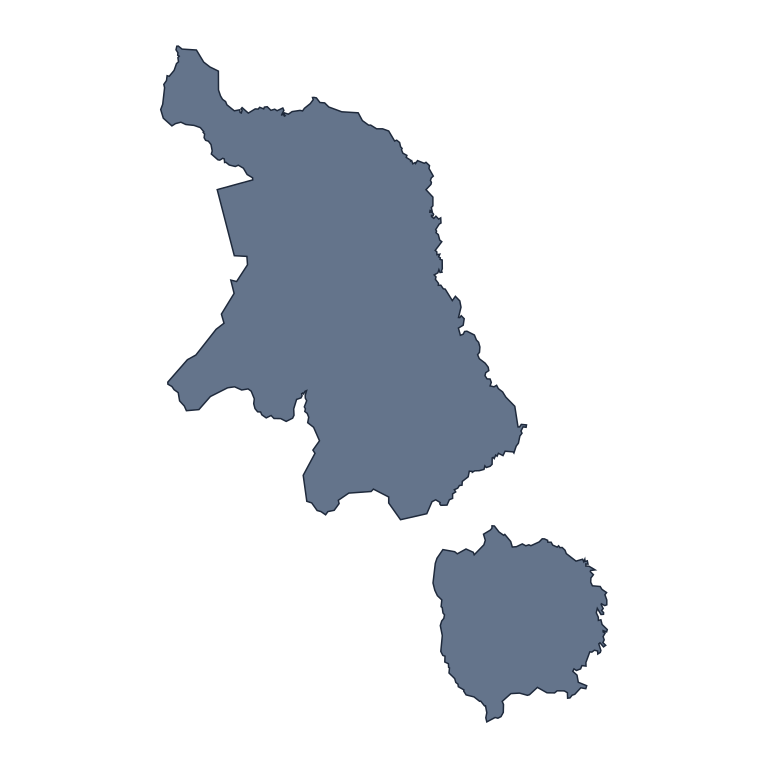 outline of Bosome Freho, Ashanti, Ghana
{"feature_id": "2480657B30283206314404", "entity_name": "Bosome Freho", "entity_type": "district", "adm_level": 2, "iso_a3": "GHA", "parent_name": "Ghana", "parent_adm1": "Ashanti", "projection": "robinson", "projection_center": [-1.315, 6.307], "detail": "fine", "context": "isolated", "style": "filled", "palette": "slate", "viewbox_px": 768, "rotation_deg": 0, "n_neighbors": 0, "source": "geoboundaries", "source_scale": "gbopen_adm2", "svg_char_len": 6106}
<svg xmlns="http://www.w3.org/2000/svg" viewBox="0 0 768 768"><path d="M440.7,217.9L438.7,219.1L435.9,216.2L433.8,218.4L431.5,216.6L431.5,215.4L433.0,215.8L433.6,214.3L432.1,212.2L429.8,212.2L430.1,210.4L432.1,211.0L431.3,207.5L432.9,205.8L432.9,197.1L426.0,189.7L431.0,184.3L431.4,182.4L430.4,180.4L431.3,177.9L433.3,176.1L429.0,168.5L429.5,165.6L426.0,162.3L424.3,163.3L417.5,160.6L415.6,163.5L415.1,162.6L412.8,163.8L411.7,160.7L410.7,161.1L410.8,160.3L406.2,157.4L406.9,155.4L402.9,153.2L401.5,149.8L402.1,148.4L400.6,146.8L399.6,142.5L396.7,140.2L394.6,141.0L388.7,131.0L382.6,128.8L376.6,128.8L370.7,125.1L368.7,125.2L362.4,120.6L358.2,112.8L341.8,111.8L328.8,107.0L324.7,102.9L319.9,102.5L316.4,97.9L314.0,97.4L312.5,97.5L313.2,99.7L310.3,103.6L304.4,108.3L302.6,110.9L300.0,110.4L292.1,111.6L288.3,114.2L284.5,112.9L284.0,114.4L285.2,115.7L284.4,116.1L283.4,114.4L283.0,115.2L283.0,113.6L281.3,115.5L283.9,110.4L282.8,108.0L277.1,110.7L274.7,109.2L270.9,110.3L267.2,106.7L264.4,107.1L263.7,108.9L259.7,107.3L258.1,109.1L255.2,108.9L248.3,113.1L242.1,107.6L241.1,108.8L242.1,110.2L241.3,113.0L240.1,112.5L239.7,109.8L234.3,110.8L226.9,104.8L225.6,101.6L222.5,99.3L220.5,95.9L218.5,90.0L218.4,71.1L210.0,67.0L203.7,62.1L196.4,50.0L182.1,49.1L178.3,46.1L176.8,46.2L176.0,49.8L177.9,52.7L177.7,55.2L179.2,56.2L177.9,57.7L178.5,61.8L176.5,63.6L174.1,70.4L169.2,76.3L167.1,75.7L166.5,80.5L163.8,84.4L164.6,87.7L162.7,104.3L160.7,109.5L163.3,118.2L171.9,125.9L175.5,123.6L180.9,122.2L185.8,124.5L194.0,125.4L200.3,127.6L203.7,131.6L203.1,132.3L204.6,134.0L204.1,137.7L205.6,140.3L208.4,141.2L211.0,144.5L212.2,151.0L211.3,154.0L217.9,159.8L219.8,160.1L222.8,158.3L224.3,159.0L224.6,162.5L225.9,162.3L229.2,165.0L235.3,166.5L238.3,165.2L243.4,168.2L247.1,174.5L252.6,177.8L252.7,179.9L217.2,189.6L234.3,255.7L246.9,256.4L247.5,264.8L236.6,281.5L230.8,280.1L234.1,293.4L221.4,314.1L224.0,323.2L216.1,329.3L195.9,355.0L187.4,359.7L167.8,382.1L167.9,384.2L171.9,386.5L174.1,389.7L178.2,392.6L179.6,400.9L184.3,406.0L186.4,410.7L198.9,409.6L210.4,396.5L227.6,387.8L234.6,386.8L241.7,390.0L248.1,388.9L251.2,391.2L254.3,398.8L253.7,403.7L255.0,408.6L257.6,411.8L260.6,412.0L261.8,414.8L266.2,417.9L271.1,415.5L274.0,418.5L280.7,418.6L286.2,421.4L292.6,418.2L294.0,415.3L293.7,408.9L296.6,399.4L301.0,397.9L302.1,395.8L301.6,393.7L302.8,393.0L303.6,393.9L305.0,391.3L306.6,390.6L305.2,395.3L305.3,398.1L306.7,400.7L304.3,406.9L305.4,408.8L304.8,411.5L307.2,413.4L308.7,417.2L307.7,422.7L313.6,427.3L319.5,440.8L312.9,450.1L315.0,453.3L303.2,475.3L306.8,501.3L311.7,502.9L317.1,510.5L321.0,511.6L325.6,514.8L327.9,511.6L334.2,510.3L339.1,503.6L338.3,500.3L348.8,493.1L371.1,491.5L373.4,489.1L388.7,497.0L388.7,503.0L400.5,519.7L426.8,513.7L432.0,501.7L435.7,499.8L440.1,502.5L439.8,503.9L440.9,505.3L447.0,505.1L449.4,499.7L452.6,498.4L452.6,493.9L455.7,491.9L454.3,489.7L457.7,488.2L459.4,485.5L462.0,485.2L462.3,481.4L468.2,476.8L469.3,471.2L472.1,471.4L472.3,472.3L474.7,470.8L479.2,470.7L484.0,469.4L484.9,465.9L486.3,467.5L490.1,466.3L492.1,464.3L492.2,457.9L493.2,457.4L494.2,458.6L495.7,455.1L497.1,456.2L498.4,453.3L503.0,455.6L505.1,451.2L513.1,451.9L513.9,453.0L516.2,446.1L518.4,443.2L519.9,436.0L522.0,433.2L521.0,431.0L523.1,426.9L526.1,427.3L526.5,424.9L521.3,424.4L519.6,426.9L518.0,426.9L514.8,406.3L505.8,397.1L502.6,391.9L498.3,388.6L496.6,385.3L494.0,386.8L490.1,385.9L491.3,382.4L490.1,379.0L487.1,378.9L485.0,375.7L485.7,372.7L488.8,370.6L488.2,367.2L485.2,363.2L479.3,358.7L477.6,354.7L479.5,352.3L479.9,347.0L478.6,342.3L476.4,340.0L474.4,335.0L466.9,331.2L464.6,331.5L463.2,334.2L460.4,335.3L458.4,328.1L463.2,325.2L464.2,318.7L461.2,315.7L459.8,317.6L458.5,317.5L461.0,307.2L459.8,300.9L455.4,296.3L452.3,300.6L445.2,289.1L443.3,288.8L440.8,285.2L438.3,285.3L438.5,283.4L435.4,279.3L436.0,276.9L434.2,274.9L437.9,272.8L438.9,269.7L440.0,272.5L442.0,272.2L441.5,270.7L442.3,268.8L442.2,260.0L440.1,259.4L440.3,257.8L438.6,256.8L439.8,254.2L436.9,254.7L436.8,251.8L435.2,250.4L441.8,241.7L439.7,240.0L438.3,234.6L436.0,232.7L436.6,231.1L435.7,229.6L439.2,224.1L441.0,223.0L440.7,217.9ZM582.6,559.2L576.0,561.1L566.3,553.6L565.0,550.2L562.2,547.5L559.8,547.6L558.6,545.8L557.2,547.1L552.7,545.1L551.1,542.2L547.8,542.2L547.6,540.3L544.5,538.9L542.2,538.8L539.2,541.9L530.9,545.7L528.9,544.8L525.8,545.8L522.3,543.9L516.4,546.7L512.3,547.0L510.7,541.5L504.8,534.4L503.7,535.3L499.0,532.0L494.4,526.0L492.0,525.8L491.9,528.3L490.3,530.1L483.5,534.2L485.3,540.3L483.9,544.8L474.2,554.8L473.3,552.3L466.0,549.0L457.3,553.8L454.7,551.7L442.9,549.6L437.0,558.2L435.3,563.3L433.0,583.0L434.8,590.2L437.4,595.7L441.8,599.9L441.1,606.7L442.2,607.5L443.0,613.0L444.5,614.8L443.8,618.4L441.7,621.0L440.3,625.6L442.3,635.6L440.8,651.4L442.8,655.4L445.0,656.2L444.8,662.0L448.4,663.7L448.6,667.3L449.5,667.9L449.0,673.0L454.7,678.6L455.8,682.4L458.0,684.2L458.3,686.7L463.9,689.9L463.7,691.1L466.1,694.9L474.0,696.9L479.6,701.3L480.7,701.1L484.5,705.9L485.5,705.8L486.8,712.7L485.8,717.8L486.8,721.9L495.1,717.5L497.9,718.2L501.0,716.6L503.3,712.4L503.5,704.5L502.2,701.4L510.9,693.6L519.5,693.1L527.4,695.3L529.5,694.7L537.4,687.4L547.0,692.8L554.6,692.9L557.2,690.8L564.3,690.9L567.4,692.7L567.6,698.2L570.0,697.9L572.1,695.2L574.8,694.3L580.8,687.8L585.8,688.7L586.7,685.7L578.3,682.3L577.0,675.1L572.8,671.3L574.0,668.9L576.4,670.5L580.6,668.9L581.9,665.6L586.0,666.1L585.9,662.5L589.8,651.9L591.9,652.1L594.4,650.2L597.6,651.0L597.8,654.0L600.3,652.4L600.9,650.5L598.8,643.8L600.0,642.8L603.5,646.9L605.7,645.3L602.9,642.6L604.2,639.9L603.1,636.6L605.1,633.1L603.1,631.9L603.1,630.6L606.6,631.9L607.3,629.6L602.1,624.5L600.9,619.8L598.4,620.4L598.3,617.2L596.3,612.8L597.3,608.4L601.0,614.5L603.5,614.3L603.6,612.6L601.6,610.5L603.2,608.6L601.2,604.6L601.4,603.8L604.8,605.6L606.8,604.8L606.8,600.0L604.9,594.7L606.6,592.6L601.9,589.3L600.2,586.5L592.4,585.8L590.7,582.2L590.9,578.0L593.4,574.7L590.3,571.7L590.6,570.5L595.1,569.9L588.9,566.2L585.9,566.1L585.8,564.0L588.0,564.1L587.3,560.8L585.1,561.5L584.8,559.2L583.7,561.6L582.6,559.2Z" fill="#64748b" stroke="#1e293b" stroke-width="1.5"/></svg>